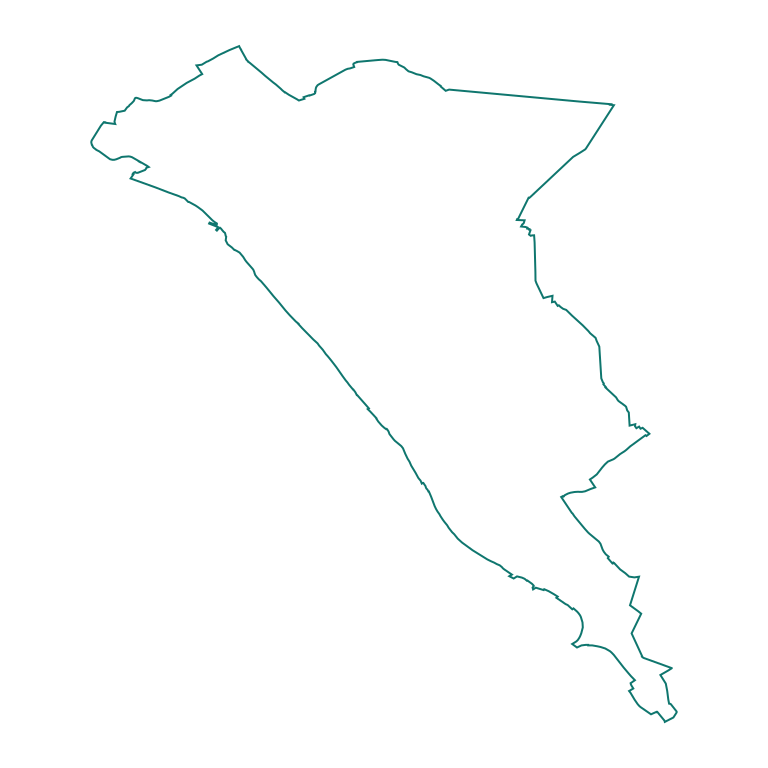 Heerlen, Limburg, Netherlands
{"feature_id": "6326949B1825961321722", "entity_name": "Heerlen", "entity_type": "district", "adm_level": 2, "iso_a3": "NLD", "parent_name": "Netherlands", "parent_adm1": "Limburg", "projection": "natural_earth1", "projection_center": [5.963, 50.878], "detail": "fine", "context": "isolated", "style": "outline", "palette": "teal", "viewbox_px": 768, "rotation_deg": 0, "n_neighbors": 0, "source": "geoboundaries", "source_scale": "gbopen_adm2", "svg_char_len": 6009}
<svg xmlns="http://www.w3.org/2000/svg" viewBox="0 0 768 768"><path d="M610.9,104.2L578.9,101.5L449.1,89.6L445.7,90.8L440.7,86.5L440.8,86.0L438.8,84.6L433.8,80.7L430.5,78.5L429.1,77.8L423.6,76.3L420.4,75.0L416.5,74.2L411.8,72.3L408.5,71.3L406.0,69.2L404.8,68.0L404.1,67.4L398.7,64.7L397.9,63.5L397.4,62.1L395.4,61.9L385.6,59.9L382.6,59.7L377.0,60.1L357.1,61.9L357.1,62.2L355.6,62.6L353.6,63.6L353.3,64.5L354.2,67.0L350.1,68.4L347.7,68.8L345.4,69.7L318.8,84.4L317.6,85.2L316.4,86.8L315.9,88.0L315.6,89.7L315.5,91.6L315.0,91.7L315.1,93.2L314.1,94.0L309.4,95.6L309.2,95.3L303.6,97.2L304.4,98.8L298.9,100.5L297.0,99.3L288.9,94.8L285.0,92.2L284.8,92.4L282.2,90.2L280.8,88.8L275.9,84.5L273.1,82.4L265.1,75.8L261.5,72.6L249.6,62.7L248.4,61.9L248.5,61.8L246.4,59.7L246.5,59.6L240.9,49.6L241.0,49.5L239.8,47.6L239.1,46.1L229.4,50.1L218.3,55.3L213.2,58.5L207.8,61.4L206.7,61.7L201.8,64.7L196.5,65.4L202.2,74.1L199.5,75.5L194.6,78.7L186.7,82.9L177.6,89.0L172.3,93.8L170.6,95.0L171.1,95.6L169.0,96.8L159.5,100.6L156.8,101.2L155.5,101.2L152.2,100.5L149.2,100.2L146.9,100.4L143.8,100.2L142.8,100.1L137.9,98.2L136.5,97.8L135.4,97.9L134.8,98.6L134.0,100.6L133.6,101.2L131.7,103.2L129.5,105.1L128.9,106.1L127.1,107.4L124.7,110.7L119.4,111.8L117.0,112.0L115.7,116.3L114.5,121.5L114.8,122.8L114.9,123.3L115.2,124.0L104.3,122.6L104.6,122.2L103.9,122.1L100.9,125.7L91.8,140.3L91.4,141.3L91.3,142.6L91.9,145.0L92.2,145.1L92.9,146.9L93.8,147.9L96.1,149.6L96.2,149.8L99.3,151.4L110.0,159.2L112.4,159.8L114.2,159.8L116.2,159.3L120.2,157.7L120.5,157.4L122.0,156.9L128.6,156.4L130.2,156.6L132.0,157.2L140.4,162.0L140.0,162.1L140.7,162.5L141.1,162.4L147.5,166.1L148.7,167.0L146.5,167.7L146.3,168.0L146.0,168.8L145.0,170.0L137.8,172.8L136.3,172.8L135.1,172.4L135.0,172.1L133.6,172.7L132.7,174.0L133.5,174.3L130.6,178.5L155.7,187.5L168.4,192.4L178.8,196.1L181.6,197.4L183.1,197.7L184.7,198.4L188.3,202.0L189.1,202.0L195.5,205.5L197.9,207.1L202.5,210.5L212.3,220.2L214.4,221.9L216.9,223.5L216.8,224.5L213.3,223.9L209.6,222.6L209.1,223.6L217.8,227.0L217.3,228.5L216.1,229.9L216.9,230.6L218.3,229.0L219.9,227.7L221.1,228.7L221.9,229.8L223.7,231.9L224.9,232.8L225.3,234.0L225.7,235.9L226.2,236.6L225.7,240.4L227.7,244.3L231.8,247.4L234.3,249.9L234.5,249.8L236.9,251.0L239.6,252.6L243.2,256.9L245.3,260.3L246.7,262.1L252.6,268.8L253.4,269.9L253.9,271.1L254.4,272.4L254.5,273.0L255.3,275.1L256.9,277.2L258.8,279.3L261.0,281.2L266.5,287.6L273.5,296.2L279.0,302.5L285.5,310.5L289.8,315.3L295.8,321.5L297.3,322.7L297.2,322.7L302.1,328.1L313.4,339.6L317.6,343.4L319.1,345.6L322.8,349.8L325.9,354.2L327.8,356.3L331.3,360.6L336.3,367.1L342.5,376.0L345.7,380.4L347.4,382.4L349.1,384.8L353.2,389.7L353.4,389.6L355.4,392.3L356.8,395.1L357.2,395.1L368.9,408.4L367.7,409.1L370.2,411.5L376.5,418.3L376.3,418.6L378.3,421.6L381.7,425.5L384.4,427.9L386.2,429.2L386.7,428.9L387.2,429.4L388.5,431.4L389.5,434.1L393.7,439.5L395.0,440.9L401.3,446.1L403.0,448.3L405.3,453.9L407.6,458.7L409.5,461.7L411.2,465.6L415.6,472.9L418.3,477.9L420.0,480.0L420.5,480.5L421.8,483.6L423.0,482.8L423.3,482.9L425.6,486.3L425.9,487.6L426.5,488.7L427.3,489.4L428.5,491.6L428.9,491.5L431.2,496.9L434.7,506.2L436.1,509.1L437.5,511.5L439.5,514.3L440.5,516.2L442.8,519.7L444.5,522.0L447.2,525.3L448.6,527.7L452.1,532.2L454.2,534.2L457.7,538.6L462.1,542.6L472.5,550.2L487.3,559.4L491.1,561.3L494.1,562.6L496.8,564.1L499.7,565.3L501.9,567.1L502.9,568.3L504.0,569.2L511.9,574.6L509.3,576.2L513.7,578.5L517.0,576.4L521.9,577.6L524.6,578.8L527.0,580.8L527.4,580.5L532.0,583.8L533.5,585.4L533.4,585.9L533.7,586.1L532.6,587.6L533.1,589.4L535.8,587.7L543.7,590.1L544.2,589.2L548.7,591.2L553.9,594.2L557.7,596.6L556.4,597.8L565.6,604.1L567.6,605.0L572.3,609.3L573.5,608.4L577.2,611.7L578.6,613.3L580.1,615.4L580.9,617.1L582.5,622.4L582.8,627.4L581.3,633.2L580.3,635.8L579.4,637.6L577.9,639.9L576.4,641.4L572.2,644.0L577.0,647.5L581.5,645.4L585.6,644.9L588.2,644.9L588.2,645.4L592.2,645.4L597.4,646.3L600.6,647.0L605.3,648.5L610.0,651.2L611.5,652.5L613.8,654.9L623.7,667.6L628.5,673.3L631.1,676.3L634.9,680.2L630.6,683.2L630.9,684.4L631.5,685.6L633.3,688.5L629.1,691.0L630.5,692.8L634.6,699.7L637.7,704.2L639.4,706.1L640.7,707.2L651.0,714.3L656.4,711.9L656.6,712.2L657.3,711.9L664.5,720.7L664.8,721.9L673.4,717.5L676.3,713.0L676.7,712.1L676.6,711.5L671.1,704.5L670.5,703.9L669.1,703.7L668.3,699.6L667.2,690.9L665.8,683.6L660.4,675.0L668.4,670.4L671.7,668.3L671.7,668.1L643.8,658.0L642.6,657.3L642.2,656.9L642.4,656.8L631.6,633.4L641.2,613.7L638.1,611.2L630.0,605.3L639.0,576.7L634.4,577.4L629.1,576.6L625.3,573.2L620.1,569.4L614.2,563.1L613.8,563.3L613.2,562.6L612.4,563.4L607.8,558.1L608.7,556.7L605.8,554.3L603.8,551.7L602.6,549.5L600.5,543.8L598.9,541.6L589.6,533.9L588.0,532.4L584.7,528.7L574.5,516.4L572.5,513.4L571.9,513.0L561.2,497.0L562.9,496.1L563.5,496.6L563.8,496.4L564.6,495.3L565.7,494.7L568.1,493.5L570.6,492.7L574.5,492.0L577.6,491.8L581.9,491.9L585.1,491.3L590.6,489.0L595.2,487.4L589.9,479.5L592.7,477.6L596.8,474.4L602.1,467.6L604.9,464.4L607.9,461.6L613.3,459.3L614.5,458.6L620.2,454.0L624.6,451.2L626.4,449.8L630.3,446.3L645.2,435.4L645.6,435.2L646.5,436.0L649.4,433.8L642.6,427.8L640.5,428.7L639.1,426.6L636.4,428.2L635.0,426.2L635.3,424.2L629.6,425.6L628.8,412.5L627.2,410.4L626.1,406.8L625.2,405.9L618.5,401.0L617.6,399.9L616.1,397.4L606.1,388.1L605.5,387.5L605.9,387.2L603.4,384.3L603.8,383.4L602.9,382.3L601.3,378.4L599.3,346.6L596.6,340.8L595.6,337.9L590.2,333.3L588.5,331.2L582.7,325.3L572.1,315.7L566.2,309.9L563.1,308.8L560.6,307.0L558.8,305.3L557.7,305.9L554.8,301.6L552.0,302.2L552.5,295.8L547.3,297.0L543.5,298.1L536.5,283.4L535.5,280.7L535.4,272.0L534.6,242.4L534.1,235.3L532.0,235.4L530.7,235.8L529.0,234.5L530.5,230.2L529.2,229.7L529.4,229.1L527.2,228.6L527.5,227.7L525.6,227.0L521.1,226.5L522.2,224.5L523.1,223.8L523.8,223.0L524.6,220.3L516.8,220.0L517.2,219.1L517.9,219.2L518.3,218.5L528.6,197.7L529.3,197.9L531.1,196.3L573.1,156.9L579.9,152.8L585.2,149.4L585.9,148.6L613.9,105.2L610.4,104.8L610.9,104.2Z" fill="none" stroke="#0f766e" stroke-width="2"/></svg>